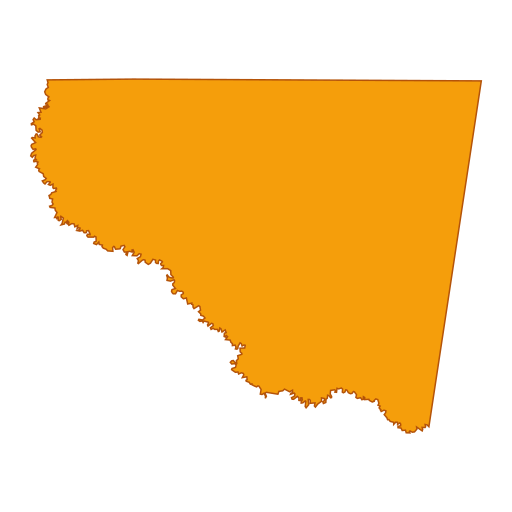 Belgrano, Santiago del Estero, Argentina (Albers equal-area conic projection)
{"feature_id": "61730980B47284560228773", "entity_name": "Belgrano", "entity_type": "district", "adm_level": 2, "iso_a3": "ARG", "parent_name": "Argentina", "parent_adm1": "Santiago del Estero", "projection": "albers", "projection_center": [-62.359, -29.145], "detail": "fine", "context": "isolated", "style": "filled", "palette": "amber", "viewbox_px": 512, "rotation_deg": 0, "n_neighbors": 0, "source": "geoboundaries", "source_scale": "gbopen_adm2", "svg_char_len": 5952}
<svg xmlns="http://www.w3.org/2000/svg" viewBox="0 0 512 512"><path d="M47.2,79.9L48.0,82.7L47.2,84.5L48.3,87.4L45.9,89.1L44.7,91.8L45.7,94.5L48.9,96.9L47.9,98.1L47.9,99.9L49.6,100.5L45.7,103.4L45.7,104.0L47.6,104.2L47.7,105.3L43.6,106.6L43.6,107.4L46.7,107.1L48.2,105.8L49.0,106.8L45.7,108.9L39.3,107.9L41.0,112.3L38.0,112.6L39.7,115.0L38.6,115.8L39.0,117.1L38.3,118.5L40.3,118.2L40.2,119.3L36.1,119.7L34.2,118.0L33.1,119.6L34.2,121.8L31.3,123.7L31.5,124.8L33.7,124.2L35.8,125.8L36.1,130.3L38.1,132.1L40.2,131.8L39.1,128.8L39.9,128.4L42.1,130.2L42.3,132.5L39.7,135.1L41.6,136.8L41.0,137.4L38.3,136.8L37.1,134.1L36.2,133.9L35.0,136.0L35.2,137.9L32.2,137.5L31.6,138.1L35.6,142.6L31.7,144.4L31.1,145.7L31.4,147.0L33.0,149.3L35.7,148.8L36.0,149.6L31.6,153.3L30.7,155.9L32.3,157.3L33.7,155.5L35.7,155.1L35.0,158.3L36.2,159.6L34.1,159.8L33.6,160.9L34.0,161.8L36.1,161.3L38.0,162.1L37.3,162.9L37.7,164.4L35.7,167.2L39.5,168.8L38.7,170.2L39.1,171.5L43.2,173.7L43.7,176.5L46.2,178.4L45.2,179.7L42.3,180.9L43.6,182.9L45.0,184.0L47.0,181.6L50.0,181.7L50.2,182.4L48.4,184.5L50.3,185.3L53.0,184.1L52.9,187.7L53.5,188.5L56.3,188.0L56.6,188.9L55.5,190.3L56.1,191.4L51.7,192.8L50.8,194.5L49.0,195.5L49.8,198.4L52.6,199.0L52.0,202.1L53.1,204.0L52.2,205.3L49.6,206.2L50.1,207.4L54.9,208.0L55.3,210.3L57.0,212.5L54.6,217.5L56.1,217.4L56.9,218.6L57.6,217.0L58.4,217.2L58.3,220.4L59.3,220.7L61.3,219.3L60.5,216.8L60.8,216.2L63.4,218.1L62.1,223.5L61.1,224.9L64.5,224.0L65.0,222.2L66.1,222.3L67.1,223.6L67.5,222.8L66.6,221.6L67.4,220.6L68.9,222.2L68.4,224.4L68.9,225.3L71.8,223.6L74.1,223.9L74.8,226.8L77.7,225.5L77.1,228.7L78.6,227.7L80.1,228.1L79.7,229.4L77.3,230.6L79.9,231.1L82.6,230.3L84.1,232.7L85.3,232.8L86.3,232.6L86.6,230.8L88.5,230.6L90.2,234.2L90.0,234.8L87.9,234.1L87.1,234.9L86.8,235.7L88.0,237.1L93.8,237.1L94.5,236.2L96.0,236.9L96.2,241.2L94.1,242.1L93.7,243.5L96.5,244.6L98.8,242.0L99.2,244.4L102.4,245.1L102.0,246.6L103.3,248.2L106.1,249.2L107.7,250.9L112.9,251.3L112.6,247.6L113.7,246.4L114.4,246.6L115.5,249.2L119.3,248.9L120.2,248.6L121.0,246.1L124.2,245.4L124.9,246.8L123.0,249.6L124.4,252.1L126.6,251.9L125.9,254.5L127.1,255.4L128.0,251.7L129.6,251.3L132.2,252.1L132.7,251.5L131.9,250.1L133.0,249.7L134.2,252.2L132.3,255.6L136.9,255.8L139.2,253.7L141.1,254.2L140.4,256.7L137.2,258.6L138.5,260.7L137.8,263.1L138.4,263.6L142.3,260.2L143.8,259.7L145.1,260.2L145.2,262.2L148.3,264.4L150.4,263.2L152.9,259.3L155.6,260.1L155.5,262.5L156.6,263.4L158.2,263.5L158.5,261.0L159.5,259.9L161.8,261.1L162.4,261.9L160.7,263.7L160.9,264.7L161.7,265.5L163.6,265.5L163.2,267.6L161.9,268.7L167.7,268.7L170.7,270.6L170.9,274.6L173.4,277.2L173.3,277.8L171.4,277.9L169.0,277.1L167.2,274.9L166.7,275.4L167.4,277.9L167.0,280.4L170.5,281.1L174.0,279.8L174.6,280.7L174.3,282.5L172.8,283.8L172.8,285.2L175.4,288.5L172.0,289.6L171.5,291.2L172.1,292.6L173.2,293.8L175.5,293.8L177.4,290.5L179.9,291.4L181.7,291.1L183.3,292.3L183.3,293.6L181.2,294.9L181.2,296.8L183.4,298.8L186.4,298.0L187.7,304.0L191.8,303.1L191.7,304.3L192.9,304.7L193.1,307.3L194.0,308.6L198.7,305.7L199.9,306.5L200.5,310.2L198.5,311.7L200.7,313.8L200.8,315.3L203.4,316.1L205.0,318.0L202.6,320.0L198.9,319.3L198.4,320.3L199.9,321.4L202.3,321.0L203.1,322.5L204.0,321.1L208.1,322.1L208.6,322.9L207.5,324.9L208.0,326.1L211.5,323.3L212.8,323.7L213.3,325.6L210.4,327.8L211.1,329.4L213.1,328.3L214.7,329.4L217.5,329.4L218.3,331.5L219.2,331.1L219.8,328.0L220.9,328.7L222.0,332.0L225.2,329.9L226.2,332.6L224.4,333.2L224.1,336.5L225.6,337.1L225.3,336.5L226.3,335.5L227.6,336.7L225.5,339.6L230.2,340.1L230.8,342.1L232.4,343.7L232.4,345.6L235.1,345.1L236.0,347.2L235.4,348.9L236.9,349.2L237.8,348.5L238.2,346.0L240.1,342.8L241.3,343.6L242.1,346.0L244.0,345.0L245.2,345.3L244.7,348.0L240.0,348.2L240.2,351.8L241.8,353.3L241.8,354.3L237.7,355.7L238.3,358.8L236.4,360.6L236.7,363.1L234.8,362.3L233.3,360.5L231.7,360.8L230.3,362.3L231.7,364.0L234.6,363.7L236.2,364.7L235.5,367.4L232.0,368.5L231.6,369.7L235.4,372.3L238.0,372.0L238.6,374.0L241.4,372.8L243.3,373.4L243.8,374.8L242.3,377.6L246.8,376.8L247.2,379.6L246.0,380.3L246.2,381.2L249.2,382.3L250.4,384.2L251.9,383.9L251.9,384.7L254.6,386.1L256.6,386.9L257.8,385.9L258.9,386.1L261.1,389.5L260.3,394.1L262.0,394.5L263.9,393.3L265.5,396.0L265.3,398.3L266.4,396.3L265.0,393.1L266.3,392.3L277.9,394.2L278.9,391.4L282.7,390.8L284.5,389.1L289.7,391.8L292.5,390.2L292.6,392.6L290.9,393.3L290.5,394.3L294.3,393.1L294.9,393.9L294.5,396.1L291.5,397.7L292.1,399.2L293.6,399.3L297.4,396.4L298.9,397.9L298.9,400.4L299.8,400.5L300.7,400.0L300.8,397.8L302.0,397.8L302.4,400.0L301.2,401.4L301.2,403.1L302.9,402.8L305.2,400.9L305.8,401.3L305.2,406.5L306.1,407.8L308.7,404.7L308.2,399.4L309.4,399.4L310.3,400.4L310.2,403.3L315.0,402.9L314.4,406.0L315.4,407.1L317.8,404.0L321.5,401.3L321.5,397.9L324.5,398.5L324.3,400.6L322.8,401.8L323.4,403.5L325.8,402.5L326.0,399.3L327.3,398.2L327.6,395.2L328.9,395.6L330.6,397.8L331.5,397.6L331.6,396.4L330.2,394.0L330.6,390.4L334.7,389.8L335.5,390.6L334.9,392.1L336.5,392.3L337.0,388.3L338.7,388.9L341.3,388.0L342.6,389.1L342.3,392.1L343.3,392.8L344.9,392.0L345.8,389.8L346.8,390.0L348.4,392.7L350.4,393.7L352.0,393.4L353.4,391.5L354.4,391.8L356.5,394.7L355.9,397.4L357.3,398.4L360.6,397.7L361.8,399.7L363.2,399.4L363.4,396.7L364.7,397.5L364.7,399.6L368.9,399.3L369.3,400.4L372.3,402.0L374.2,401.3L374.0,400.7L375.8,398.9L377.8,399.6L378.9,403.3L378.0,405.2L380.1,406.1L379.1,407.9L380.7,409.5L380.3,409.8L381.2,411.5L384.0,410.2L385.9,410.8L385.7,412.6L384.2,414.6L386.9,417.8L387.6,419.7L388.9,419.6L390.2,421.4L393.7,422.3L393.7,424.4L395.8,422.1L397.5,422.3L397.6,424.4L399.8,422.9L400.7,424.1L400.6,425.8L398.0,426.3L398.0,427.7L401.0,428.1L402.2,430.5L405.5,430.2L406.2,432.8L409.9,432.9L409.3,431.6L410.0,430.9L412.3,432.2L414.5,431.9L416.9,429.1L416.6,427.0L422.2,430.9L422.7,429.4L422.1,427.4L425.1,427.5L425.6,426.7L425.1,424.5L427.1,424.9L428.9,426.7L481.3,80.9L133.4,79.1L47.2,79.9Z" fill="#f59e0b" stroke="#b45309" stroke-width="1.5"/></svg>